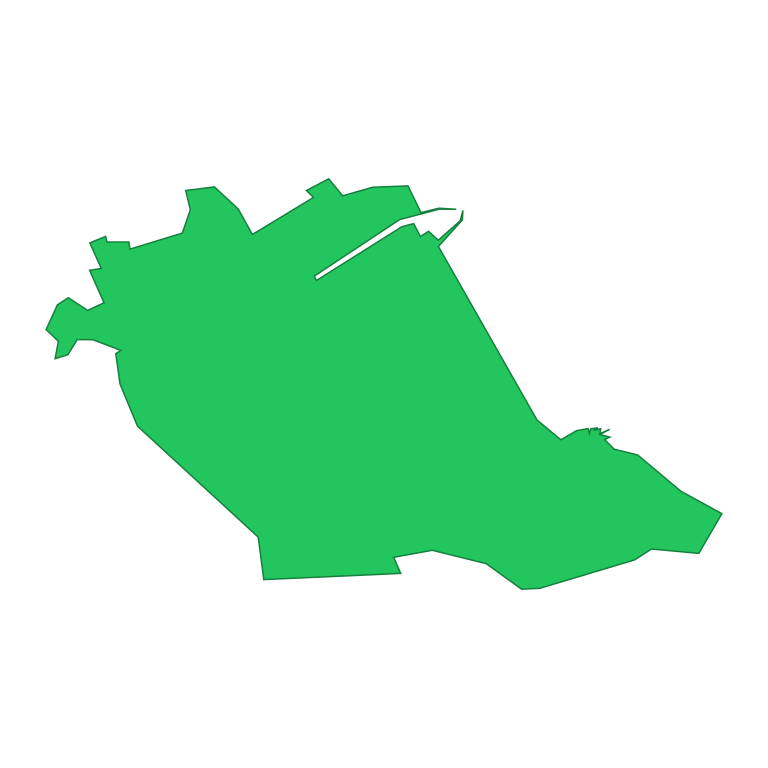 outline of Bray East Lea-4, Dún Laoghaire–Rathdown, Ireland
{"feature_id": "5873133B23130465249545", "entity_name": "Bray East Lea-4", "entity_type": "district", "adm_level": 2, "iso_a3": "IRL", "parent_name": "Ireland", "parent_adm1": "Dún Laoghaire–Rathdown", "projection": "natural_earth1", "projection_center": [-6.106, 53.199], "detail": "fine", "context": "isolated", "style": "filled", "palette": "green", "viewbox_px": 768, "rotation_deg": 0, "n_neighbors": 0, "source": "geoboundaries", "source_scale": "gbopen_adm2", "svg_char_len": 1068}
<svg xmlns="http://www.w3.org/2000/svg" viewBox="0 0 768 768"><path d="M55.1,358.7L67.9,354.7L77.2,339.6L92.7,339.7L120.9,350.4L115.8,353.6L120.0,384.0L137.5,426.2L258.2,537.1L263.8,579.6L400.7,573.4L393.7,557.3L432.2,550.3L486.1,563.6L521.6,589.2L539.8,588.3L634.6,559.9L651.5,549.0L698.8,553.4L721.9,513.7L680.8,491.2L637.7,455.0L614.2,449.2L604.7,439.6L609.8,437.1L600.0,434.5L609.7,429.3L599.8,433.7L600.7,428.7L593.7,430.4L597.8,427.9L590.9,428.7L589.4,433.7L588.2,428.6L576.7,430.6L560.9,439.8L537.0,420.0L438.4,246.5L462.4,219.9L462.9,210.4L460.2,220.8L438.2,240.2L428.6,231.3L420.4,236.5L413.6,223.6L401.9,226.7L316.4,280.5L314.3,276.1L399.6,219.6L439.4,209.1L456.3,209.3L439.0,208.2L421.0,212.6L408.0,185.9L372.8,187.2L342.7,195.8L328.7,178.8L306.4,190.5L313.5,197.4L252.4,234.5L238.3,209.1L214.4,186.9L185.7,190.5L190.3,209.8L182.3,233.1L130.0,249.1L128.9,242.0L107.0,242.0L105.6,236.4L89.8,242.9L101.3,268.5L89.6,270.3L104.0,302.8L87.6,310.4L68.3,297.7L57.4,304.9L46.1,329.6L58.4,341.3L55.1,358.7Z" fill="#22c55e" stroke="#15803d" stroke-width="1.5"/></svg>